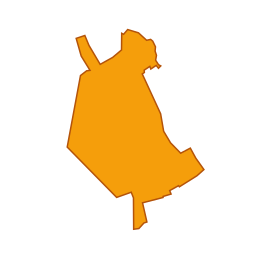 outline of Drogheda Urban Lea-6, Meath, Ireland, rotated 256°
{"feature_id": "5873133B90869984679235", "entity_name": "Drogheda Urban Lea-6", "entity_type": "district", "adm_level": 2, "iso_a3": "IRL", "parent_name": "Ireland", "parent_adm1": "Meath", "projection": "mercator", "projection_center": [-6.346, 53.714], "detail": "fine", "context": "isolated", "style": "filled", "palette": "amber", "viewbox_px": 256, "rotation_deg": 256, "n_neighbors": 0, "source": "geoboundaries", "source_scale": "gbopen_adm2", "svg_char_len": 807}
<svg xmlns="http://www.w3.org/2000/svg" viewBox="0 0 256 256"><g transform="rotate(256 128 128)"><path d="M28.4,109.0L27.8,114.2L32.0,120.5L32.2,123.6L51.9,124.0L52.1,145.2L53.1,145.5L53.5,153.8L57.2,153.3L59.8,163.1L58.5,163.6L59.1,165.4L65.0,183.4L69.3,191.6L82.3,186.5L93.4,183.6L90.8,173.0L103.3,165.7L116.2,161.8L133.9,163.1L177.0,154.9L177.9,157.3L180.2,157.7L182.5,164.1L179.7,164.4L181.9,170.5L178.6,172.0L180.3,174.8L182.1,172.9L187.1,171.2L191.6,173.2L196.1,172.9L200.1,174.3L206.3,173.0L208.5,171.4L208.6,167.3L217.8,161.2L223.6,151.5L220.0,146.4L221.4,144.8L205.3,140.6L200.2,130.2L196.5,116.4L217.6,110.1L228.2,108.5L227.5,99.4L209.1,100.0L193.1,105.1L193.5,101.7L190.4,94.6L124.2,64.4L63.4,100.2L64.9,115.6L58.9,116.4L28.4,109.0Z" fill="#f59e0b" stroke="#b45309" stroke-width="1.5"/></g></svg>